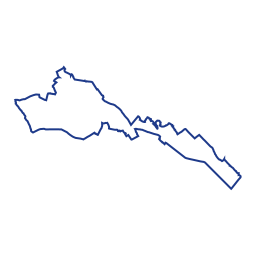 Copalau, Botosani, Romania (Equal Earth projection)
{"feature_id": "2599482B3629245685711", "entity_name": "Copalau", "entity_type": "district", "adm_level": 2, "iso_a3": "ROU", "parent_name": "Romania", "parent_adm1": "Botosani", "projection": "equal_earth", "projection_center": [26.934, 47.592], "detail": "fine", "context": "isolated", "style": "outline", "palette": "blue", "viewbox_px": 256, "rotation_deg": 0, "n_neighbors": 0, "source": "geoboundaries", "source_scale": "gbopen_adm2", "svg_char_len": 5711}
<svg xmlns="http://www.w3.org/2000/svg" viewBox="0 0 256 256"><path d="M224.2,159.0L223.8,159.7L223.2,160.3L222.5,160.9L222.0,161.1L221.2,160.4L220.7,160.2L220.0,159.7L219.6,159.7L219.3,159.6L218.0,158.4L216.4,156.3L215.8,155.0L215.0,154.0L215.0,153.8L214.5,152.5L213.7,151.1L213.5,150.2L212.5,148.0L212.0,147.5L210.5,146.5L209.8,145.8L204.6,140.4L203.5,139.4L202.3,138.1L199.2,134.9L196.6,136.8L194.7,138.4L188.6,132.3L185.8,129.2L185.5,129.0L185.0,129.1L184.5,129.2L181.5,131.8L180.0,132.6L178.0,134.0L177.5,134.3L177.1,133.6L177.0,133.0L176.9,132.6L175.6,131.1L175.3,130.5L175.3,130.2L175.1,130.0L175.0,129.8L174.7,129.8L174.7,129.4L174.1,128.9L174.0,128.6L173.6,128.2L173.6,127.9L173.2,127.2L172.9,127.0L173.0,126.7L172.6,126.7L172.5,126.1L172.8,125.9L172.5,125.7L172.4,125.5L172.2,125.5L172.2,125.2L171.9,125.3L171.9,125.0L171.6,124.9L171.5,124.7L171.2,124.6L170.9,124.2L170.2,123.7L169.6,123.6L169.0,123.2L168.7,123.4L168.8,123.8L166.5,125.4L165.8,125.4L165.5,125.8L163.9,126.5L162.8,126.6L161.9,126.6L161.0,126.3L160.1,125.8L159.8,125.2L160.0,124.9L160.5,124.5L160.6,124.3L160.6,124.0L160.3,123.4L160.3,123.0L160.6,122.4L160.1,122.1L159.7,121.4L159.6,121.1L159.3,120.8L158.5,120.7L157.3,120.6L155.9,121.9L155.6,122.3L155.7,123.6L155.9,124.3L156.6,125.6L156.8,125.8L157.2,126.0L157.4,127.0L157.4,127.5L157.6,128.0L157.5,128.6L157.3,128.7L156.6,127.8L156.5,127.4L155.9,126.9L155.8,126.3L155.2,125.8L155.1,125.5L154.8,125.3L153.3,123.9L153.7,123.7L153.9,123.4L153.5,122.4L152.9,121.5L152.7,121.3L152.0,121.0L150.9,121.1L150.6,120.6L150.8,120.5L150.4,119.8L150.7,119.7L151.0,119.4L150.9,119.0L150.4,118.8L149.8,118.8L149.4,118.8L149.3,118.6L148.7,117.7L147.5,117.3L147.3,117.8L147.0,118.0L145.9,119.3L145.8,119.8L145.6,119.9L144.8,121.0L144.9,121.4L145.0,121.6L145.1,121.9L145.0,122.0L144.6,122.0L144.2,122.0L143.7,121.8L143.4,121.8L142.3,121.4L140.8,120.4L140.5,119.9L140.2,119.9L139.9,119.8L140.1,119.4L140.1,119.0L139.8,118.2L139.6,117.7L139.0,116.9L138.6,116.5L138.1,116.3L131.0,124.9L129.4,122.0L128.1,119.7L127.5,118.9L125.7,117.0L124.5,115.6L123.8,114.5L122.0,112.3L121.3,110.9L121.1,110.6L119.8,109.2L118.2,107.8L117.0,107.0L115.0,105.3L113.3,104.5L112.3,104.3L110.4,103.8L108.1,102.8L105.9,101.6L105.2,101.4L104.6,101.0L102.9,99.4L102.6,98.9L103.3,97.5L103.5,97.3L103.5,97.0L103.2,96.6L103.1,96.0L103.1,95.7L101.9,95.2L97.6,89.2L96.9,89.5L92.8,83.0L92.4,82.3L91.7,81.9L91.2,81.8L89.4,81.6L88.7,81.6L87.7,81.4L86.8,81.5L86.6,81.3L86.2,81.5L85.8,81.5L84.9,81.0L84.8,80.8L84.6,81.0L84.2,81.0L83.1,80.8L74.7,79.5L73.3,77.4L73.4,77.0L72.3,74.9L71.7,74.3L71.1,74.8L70.9,75.3L70.8,75.5L70.7,74.8L70.3,74.4L67.2,72.8L65.8,72.2L64.9,71.6L64.6,71.0L64.5,70.4L64.8,69.5L64.7,69.2L65.1,68.9L63.8,67.2L62.9,68.5L62.3,68.7L60.2,69.9L56.7,71.8L57.3,73.4L57.8,75.1L58.7,77.0L59.1,77.3L58.5,77.3L57.3,77.9L55.6,79.0L54.6,79.8L54.0,80.9L55.6,82.1L55.8,82.0L56.4,82.4L55.0,83.6L53.8,84.9L52.8,85.8L52.9,86.2L52.8,86.8L53.6,87.4L53.8,87.7L55.0,90.9L55.4,91.4L55.4,91.7L55.9,92.7L55.0,94.4L54.0,94.0L53.7,94.0L53.1,94.1L51.9,93.7L51.1,93.8L50.4,93.3L48.7,93.4L48.7,93.5L48.1,93.5L47.6,94.5L46.2,100.2L45.6,100.0L45.1,100.0L44.4,99.7L39.6,97.3L39.4,97.0L39.4,96.5L39.1,94.7L36.3,94.5L35.5,94.6L33.6,95.1L30.3,96.3L25.0,99.1L24.6,99.2L23.6,99.2L21.8,99.6L19.6,100.4L19.1,100.3L17.9,99.9L15.7,99.8L15.4,99.9L15.6,100.2L15.4,100.5L15.4,101.3L15.8,101.9L15.8,102.3L15.7,102.7L15.7,103.3L16.0,103.3L16.0,103.6L15.9,103.7L16.4,104.6L16.9,105.3L18.3,106.7L18.7,107.6L19.5,108.7L19.7,108.9L20.4,109.8L20.6,110.1L20.9,110.4L21.1,110.4L21.2,110.5L21.4,110.6L21.8,111.5L22.5,112.5L22.7,112.9L23.5,113.3L23.7,113.7L23.9,114.2L24.4,115.0L25.2,115.9L25.4,116.7L25.1,117.4L25.0,118.1L26.4,120.2L27.5,121.1L29.0,124.4L29.7,125.6L29.9,126.2L30.6,128.8L31.0,129.3L31.1,131.0L31.5,131.5L33.0,132.5L38.6,129.7L40.3,129.1L44.0,128.8L45.7,129.4L55.2,129.3L61.0,129.4L61.4,129.4L62.4,129.9L64.7,131.1L66.7,132.1L67.5,132.7L68.3,133.5L70.0,134.8L72.5,136.5L73.7,137.1L75.6,137.9L80.5,138.6L83.5,139.4L83.9,139.0L85.0,138.5L87.5,136.9L89.6,135.8L94.1,132.9L94.5,132.7L94.9,133.2L95.1,133.6L95.7,133.6L95.9,134.0L96.2,134.1L97.0,134.2L97.2,134.4L97.4,134.8L97.8,134.9L100.7,129.2L101.4,128.3L101.6,127.6L102.1,126.1L102.2,125.6L102.1,122.9L103.2,123.4L103.8,123.5L105.6,122.9L107.1,123.0L107.3,122.9L108.3,124.7L109.0,126.6L109.1,127.4L109.0,128.5L110.3,128.9L114.5,129.7L116.1,129.8L116.3,129.7L117.3,129.8L117.8,130.4L117.9,130.9L118.0,131.1L118.4,131.2L118.6,131.2L118.8,131.1L119.1,130.7L119.3,130.6L119.7,130.6L120.3,131.4L121.0,131.0L122.8,130.6L123.8,132.3L124.3,132.8L124.7,132.9L125.5,133.1L125.6,133.3L125.7,133.5L125.1,133.8L125.1,134.1L126.4,136.2L128.3,135.0L131.3,139.5L131.7,139.6L132.5,139.2L138.2,136.1L137.0,134.1L136.9,133.3L136.5,132.6L135.9,131.8L135.7,130.8L135.3,129.5L135.0,129.0L135.9,128.8L136.4,128.9L138.4,129.3L140.2,129.4L140.7,129.6L142.4,129.8L143.7,130.4L144.8,130.8L147.9,132.1L148.8,132.2L153.9,133.9L157.9,134.9L159.1,135.6L160.1,136.5L159.9,137.1L159.6,137.7L159.3,138.5L159.8,138.5L159.7,139.3L159.5,139.5L160.2,140.4L161.0,141.1L162.2,142.3L162.4,142.1L164.6,144.2L165.1,143.5L165.5,142.7L166.4,143.1L170.5,146.3L185.3,157.8L186.4,158.2L190.1,159.1L192.9,159.7L200.5,161.4L203.7,161.9L204.7,162.3L205.2,162.7L231.2,188.8L231.4,188.6L238.3,179.9L240.5,177.4L240.6,176.5L240.6,176.2L239.5,175.2L239.4,175.2L239.0,174.9L238.6,175.0L238.6,174.8L238.7,174.5L238.6,173.6L238.7,173.4L238.7,173.1L238.3,173.1L237.6,173.2L237.3,173.0L237.0,172.6L236.7,172.4L236.7,172.2L236.2,171.5L236.1,171.2L235.8,171.2L234.5,169.9L232.9,167.9L232.5,167.6L231.6,167.1L231.0,166.4L230.0,165.9L230.2,165.7L227.4,162.9L225.7,160.9L225.3,160.7L225.2,160.4L224.2,159.4L224.2,159.0Z" fill="none" stroke="#1e3a8a" stroke-width="2"/></svg>